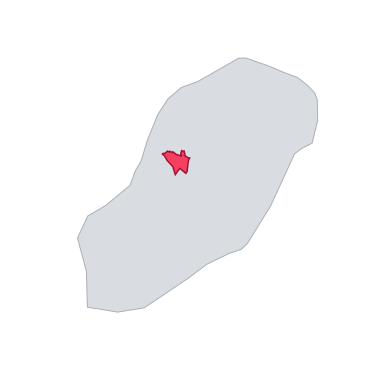 53, Ar Rayyān, Qatar shown in context, rotated 217°
{"feature_id": "91078587B25441317691063", "entity_name": "53", "entity_type": "district", "adm_level": 2, "iso_a3": "QAT", "parent_name": "Qatar", "parent_adm1": "Ar Rayyān", "projection": "mercator", "projection_center": [51.366, 25.28], "detail": "fine", "context": "in_parent", "style": "filled", "palette": "rose", "viewbox_px": 384, "rotation_deg": 217, "n_neighbors": 0, "source": "geoboundaries", "source_scale": "gbopen_adm2", "svg_char_len": 1056}
<svg xmlns="http://www.w3.org/2000/svg" viewBox="0 0 384 384"><g transform="rotate(217 192 192)"><path d="M207.2,338.6L191.3,342.6L176.4,346.9L164.0,346.7L154.0,345.1L147.4,341.0L134.6,324.6L125.5,303.3L131.1,291.4L133.0,284.0L120.8,227.9L116.8,184.6L118.2,175.8L125.2,165.6L136.8,143.0L143.0,121.2L160.5,70.8L179.0,51.4L206.2,37.1L228.5,65.0L255.7,86.3L260.8,110.1L252.8,129.4L245.5,160.2L249.9,174.3L251.5,186.5L258.9,207.0L266.0,233.6L267.2,252.1L263.4,269.2L253.9,283.6L235.4,326.8L229.8,331.3L207.2,338.6Z" fill="#d9dde1" stroke="#a8b0b8" stroke-width="1"/><path d="M214.3,217.8L215.2,217.4L215.9,216.8L217.3,217.0L220.2,216.7L220.3,217.9L221.9,219.1L222.9,220.0L223.8,219.3L225.2,218.8L223.9,215.5L222.6,215.1L222.3,214.2L227.2,212.6L231.6,212.6L231.6,211.6L234.4,211.1L234.2,210.2L236.1,209.8L236.3,209.8L236.6,207.0L238.4,205.3L238.4,205.2L238.5,204.5L235.4,204.2L231.5,202.5L231.1,202.3L222.6,200.7L215.8,195.8L216.0,203.5L208.1,203.2L208.1,203.5L208.3,205.5L213.7,214.7L214.3,217.8Z" fill="#f43f5e" stroke="#9f1239" stroke-width="1.5"/></g></svg>